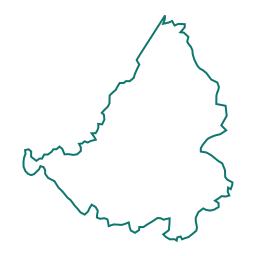 outline of Cruzmaltina, Paraná, Brazil
{"feature_id": "56859067B80032191176175", "entity_name": "Cruzmaltina", "entity_type": "district", "adm_level": 2, "iso_a3": "BRA", "parent_name": "Brazil", "parent_adm1": "Paraná", "projection": "orthographic", "projection_center": [-51.488, -24.002], "detail": "fine", "context": "isolated", "style": "outline", "palette": "teal", "viewbox_px": 256, "rotation_deg": 0, "n_neighbors": 0, "source": "geoboundaries", "source_scale": "gbopen_adm2", "svg_char_len": 2358}
<svg xmlns="http://www.w3.org/2000/svg" viewBox="0 0 256 256"><path d="M25.1,150.1L25.5,153.9L24.0,157.9L23.5,161.8L23.6,166.8L25.4,171.1L28.1,173.9L31.1,175.1L34.0,174.2L39.1,169.2L40.4,166.2L43.5,167.1L45.1,170.0L45.2,173.9L48.1,177.9L54.5,181.2L58.3,187.4L62.6,191.6L67.5,197.7L70.5,200.0L74.7,205.6L77.8,209.0L80.5,212.4L84.7,214.6L88.1,211.4L89.6,208.0L91.7,204.7L95.6,207.0L97.8,210.8L97.1,214.7L96.9,217.5L100.2,218.8L104.4,218.2L107.4,219.3L108.1,222.2L108.7,226.1L113.8,224.4L118.2,224.7L121.7,224.9L124.5,224.1L128.8,222.4L129.8,227.8L130.9,230.6L135.0,232.8L139.1,230.1L139.3,227.0L143.3,227.1L147.4,224.4L152.1,221.6L157.5,218.0L160.9,218.3L163.7,219.7L166.1,219.0L169.6,218.3L169.5,223.0L168.9,230.1L165.8,232.5L163.2,234.3L165.8,236.9L169.8,239.3L174.6,239.2L176.7,240.6L177.3,237.4L180.6,236.5L182.0,239.3L184.5,238.3L188.4,237.1L192.3,234.1L196.3,230.7L197.0,227.7L195.8,221.2L195.7,217.8L198.4,212.1L203.3,208.4L205.9,209.8L210.1,210.6L214.0,209.7L218.6,207.1L218.6,203.1L215.0,200.7L219.4,197.8L221.5,196.2L225.9,196.5L229.3,195.5L227.7,191.6L228.1,187.6L230.7,189.2L232.2,185.1L232.5,182.4L227.3,179.7L225.2,177.0L225.0,170.2L222.2,163.3L218.3,161.0L211.7,155.6L206.5,152.5L200.8,151.6L200.8,148.3L202.5,145.2L206.8,139.7L208.9,138.1L213.1,136.2L215.7,135.3L220.3,134.2L226.2,130.3L221.3,125.4L223.2,122.0L226.7,115.8L225.6,105.8L216.3,104.0L216.4,95.6L217.2,92.7L218.4,89.6L218.9,86.9L217.3,82.5L211.2,79.5L206.5,73.2L202.9,70.2L200.1,68.7L198.2,66.8L196.6,64.2L194.4,59.8L192.7,54.3L192.4,50.2L190.9,46.9L188.6,44.0L187.2,41.7L188.4,36.9L183.8,32.6L180.4,32.3L183.0,29.3L184.7,27.3L184.8,24.2L181.2,24.0L178.4,23.9L174.6,25.5L172.1,21.0L168.9,22.5L163.1,23.8L164.7,19.6L165.1,15.4L140.7,53.4L136.6,60.1L139.3,64.6L137.1,68.9L134.8,74.2L133.8,77.8L129.7,81.2L126.0,81.1L123.9,82.9L119.7,83.0L117.3,86.9L115.7,90.0L113.0,92.2L109.6,95.5L109.5,103.3L107.8,106.7L104.4,109.9L101.8,112.8L103.9,114.7L104.4,119.6L102.1,124.4L98.2,123.9L98.4,127.4L97.4,130.4L95.6,133.2L91.6,133.3L94.3,137.0L95.8,139.7L90.9,140.9L87.7,142.5L84.6,141.3L82.1,143.5L79.0,143.8L80.8,147.3L80.8,151.0L77.2,154.3L73.3,154.9L68.3,154.1L64.5,154.3L62.3,148.9L59.5,146.6L56.5,149.2L53.3,149.3L51.6,151.8L47.9,154.5L44.2,154.5L42.0,158.6L39.5,158.6L36.4,160.8L33.8,158.9L31.1,156.7L31.2,151.5L28.6,149.3L25.1,150.1Z" fill="none" stroke="#0f766e" stroke-width="2"/></svg>